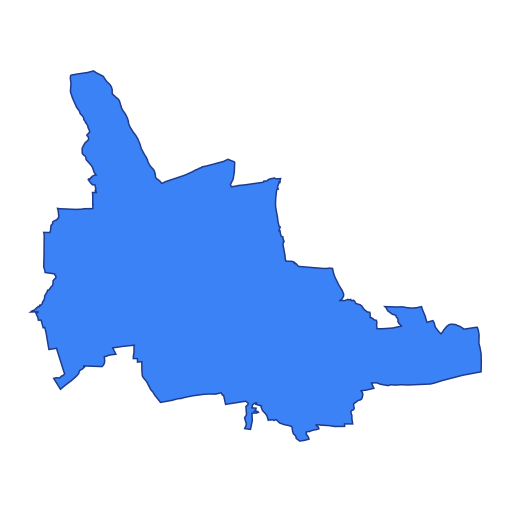 outline of Glavanesti, Bacau, Romania
{"feature_id": "2599482B83875857219872", "entity_name": "Glavanesti", "entity_type": "district", "adm_level": 2, "iso_a3": "ROU", "parent_name": "Romania", "parent_adm1": "Bacau", "projection": "robinson", "projection_center": [27.377, 46.271], "detail": "fine", "context": "isolated", "style": "filled", "palette": "blue", "viewbox_px": 512, "rotation_deg": 0, "n_neighbors": 0, "source": "geoboundaries", "source_scale": "gbopen_adm2", "svg_char_len": 5957}
<svg xmlns="http://www.w3.org/2000/svg" viewBox="0 0 512 512"><path d="M481.1,371.8L481.3,362.7L481.1,353.8L479.9,347.1L478.9,343.4L479.1,334.9L478.4,330.7L477.3,327.2L477.6,327.1L463.5,329.2L463.1,328.4L459.8,326.3L457.5,325.6L455.8,324.6L452.3,324.2L450.2,324.3L448.7,324.9L446.5,326.6L443.7,330.1L442.2,332.6L440.9,333.8L438.7,331.6L435.3,327.1L434.2,323.0L432.9,320.6L426.9,322.3L425.0,315.7L422.6,310.0L421.5,306.6L416.8,307.7L412.3,308.1L407.2,307.7L402.3,306.8L397.1,307.0L384.9,306.6L386.1,307.8L387.6,310.7L392.4,314.3L395.7,315.2L396.3,317.0L397.0,317.7L397.9,319.2L398.1,319.7L397.9,321.6L399.3,324.0L400.4,324.7L401.4,326.1L392.9,328.0L383.1,328.7L377.0,328.8L376.6,325.3L376.9,322.0L376.3,320.3L374.3,319.9L373.5,319.3L373.4,319.0L372.5,318.6L371.7,317.7L370.2,317.6L370.1,313.5L369.8,312.3L367.5,312.0L364.7,309.9L363.7,308.9L361.8,306.0L360.2,304.8L355.9,303.5L354.6,301.2L353.6,300.2L352.9,300.5L351.2,300.6L350.7,299.4L348.6,299.9L348.3,299.5L347.7,299.4L344.8,300.6L340.1,300.5L341.9,299.0L343.5,296.4L343.7,294.3L342.2,290.5L338.9,285.2L334.8,276.9L333.5,273.0L332.5,268.4L329.1,268.1L326.7,268.5L322.4,268.4L298.5,266.4L296.1,263.7L295.1,263.7L294.5,263.3L294.8,262.6L293.3,261.7L291.6,261.3L285.9,261.2L285.8,260.2L285.3,259.3L285.0,255.5L283.0,244.6L283.4,242.0L284.0,241.9L284.0,241.3L283.6,240.1L283.2,239.7L282.9,236.9L282.3,236.8L281.1,236.0L280.4,233.5L280.0,230.8L279.0,230.8L280.2,226.9L279.1,226.4L278.0,221.7L277.5,217.4L275.7,207.4L275.5,204.4L275.7,198.4L276.6,190.2L277.0,189.3L278.2,189.2L277.5,186.6L278.9,183.2L278.9,182.2L279.8,182.6L280.1,181.8L280.1,180.0L280.6,178.6L275.9,178.9L274.5,178.0L269.2,179.1L267.8,180.0L267.0,181.0L263.9,181.0L263.5,182.2L244.7,184.9L238.1,185.5L237.4,185.8L231.4,186.8L230.4,184.7L233.0,179.4L233.4,177.5L234.3,172.2L234.7,162.6L234.2,161.8L227.9,159.3L223.6,161.4L206.5,166.0L201.9,166.9L201.6,167.4L200.6,167.9L199.1,168.3L197.0,169.6L196.3,169.6L192.1,171.9L184.5,175.3L165.3,181.7L162.2,183.4L161.7,183.3L159.6,180.8L156.4,178.5L155.6,177.3L155.2,174.0L154.3,170.9L153.2,169.2L150.9,166.8L149.6,165.0L148.0,162.0L147.4,159.8L146.1,157.0L145.0,155.5L141.3,148.7L140.0,144.2L137.8,138.9L135.9,135.6L133.0,131.8L129.9,126.8L128.4,123.1L128.5,121.8L127.5,118.4L125.4,114.0L122.4,109.8L121.6,108.1L119.4,100.8L118.0,98.8L116.1,97.4L112.6,94.2L112.2,92.9L112.2,89.7L111.4,87.0L110.1,84.8L106.4,81.1L103.4,76.6L102.7,76.0L96.0,72.6L93.6,70.9L87.6,72.5L77.3,74.0L71.3,75.1L70.6,75.6L70.3,78.2L71.0,83.4L70.4,91.6L72.4,97.8L76.6,107.3L79.6,111.4L80.1,113.5L82.6,116.2L83.5,117.5L83.8,119.4L84.4,120.5L85.5,121.6L85.5,122.7L86.2,123.2L87.8,125.9L88.0,127.5L89.1,129.8L89.7,131.7L89.3,132.5L86.8,135.1L87.2,135.9L88.1,136.5L88.6,138.6L88.6,139.2L87.9,140.3L85.1,142.8L83.5,145.5L82.2,148.2L82.1,149.0L82.3,153.5L83.7,155.1L85.4,156.3L85.8,157.2L86.1,159.6L91.4,165.6L92.3,167.0L94.2,172.4L96.1,174.9L94.8,175.0L92.1,176.4L92.0,176.8L91.1,177.4L91.3,177.7L90.3,178.4L90.0,179.1L88.9,178.8L88.2,179.6L91.3,183.8L92.6,184.5L92.6,184.8L95.0,184.9L95.8,189.2L95.6,189.9L95.2,190.2L95.4,191.1L96.0,191.2L96.4,192.5L92.5,192.5L92.8,197.0L92.7,204.7L93.0,204.7L92.8,208.6L84.3,208.7L81.6,209.2L75.8,209.4L59.5,208.7L57.5,208.4L58.3,211.2L58.2,211.9L58.5,212.9L58.5,214.6L58.9,215.7L58.5,217.8L57.7,218.3L56.9,219.8L55.6,220.2L53.0,221.6L52.7,222.1L52.7,223.7L51.0,225.4L50.5,230.6L49.8,232.5L43.7,232.4L44.0,233.3L44.2,236.1L44.0,257.2L43.7,267.0L44.8,270.2L45.1,272.5L54.6,273.9L54.9,275.0L55.9,276.1L55.9,277.7L53.1,280.6L52.9,284.4L52.4,285.7L51.0,286.9L49.2,289.7L47.5,290.3L47.2,291.7L44.8,295.7L44.5,298.4L43.6,300.7L42.9,301.4L42.1,303.9L40.8,305.2L40.1,305.0L39.7,305.3L40.0,305.9L39.3,306.6L38.1,306.5L37.8,307.1L36.8,307.7L34.5,310.0L32.3,310.8L30.7,312.0L37.9,311.8L37.9,312.5L35.8,312.7L35.8,312.9L37.9,317.6L38.4,320.2L41.1,320.1L43.2,327.8L44.8,327.5L46.1,332.9L48.9,349.5L56.5,348.3L63.6,370.9L64.6,373.6L64.1,374.5L62.4,375.9L61.5,376.0L59.8,377.7L58.7,378.0L56.3,377.7L53.7,378.4L60.5,389.3L64.8,385.6L71.4,380.6L76.4,376.2L78.8,373.4L79.1,371.7L79.8,370.6L80.4,370.0L81.9,369.4L84.5,367.0L83.8,366.5L83.8,365.9L102.0,366.6L103.4,365.1L104.4,363.2L104.7,360.6L104.3,356.6L106.6,356.3L108.0,355.5L110.6,354.9L115.9,354.2L112.7,347.9L123.5,346.3L134.3,345.2L134.0,347.1L134.0,352.6L133.4,355.8L133.3,358.6L137.4,358.6L137.5,362.1L141.8,361.7L141.9,370.8L142.3,375.9L143.4,377.8L146.6,381.6L150.8,389.8L152.8,391.9L155.4,396.1L156.4,397.1L160.5,402.4L172.3,400.3L176.9,398.9L181.6,398.4L183.5,397.7L192.0,395.9L203.7,394.3L208.7,394.0L215.7,394.1L221.0,392.8L221.7,393.6L222.4,395.1L223.6,395.4L225.6,404.4L245.7,401.2L248.2,403.2L248.2,403.9L247.8,404.7L245.9,406.4L246.5,414.0L246.2,415.4L244.7,417.5L244.6,418.1L246.3,423.7L246.1,425.3L244.7,428.6L250.5,429.4L252.3,420.6L252.0,413.2L256.8,413.0L256.9,412.5L258.4,412.4L257.9,411.5L256.9,411.6L256.5,411.1L254.7,411.1L255.4,410.5L256.1,408.2L251.9,407.8L252.7,404.6L254.9,403.0L256.4,402.9L255.8,404.3L261.4,405.9L261.1,406.5L261.2,407.3L262.5,410.5L265.9,414.2L267.1,416.3L268.3,420.3L269.4,419.8L270.6,420.1L272.1,419.6L274.0,420.5L276.1,419.5L279.5,422.9L283.8,424.5L289.3,425.7L291.6,426.6L292.0,427.2L292.6,431.4L293.5,434.0L294.7,434.9L296.1,436.9L296.2,438.4L299.8,441.1L305.2,440.2L309.0,439.1L308.7,438.0L307.5,435.7L306.3,434.5L306.4,433.8L306.2,432.1L308.3,431.5L309.6,431.6L311.3,430.7L314.7,429.8L316.0,429.7L318.9,428.8L318.3,426.9L317.2,426.5L316.3,425.4L316.1,425.0L316.6,424.7L317.6,425.0L319.5,424.6L320.0,425.1L329.2,425.6L334.9,426.5L344.7,426.4L344.5,423.9L352.7,423.9L351.9,418.8L351.9,415.7L350.9,412.2L351.1,411.1L351.5,410.6L353.5,409.8L354.2,408.3L353.6,405.1L353.7,403.8L358.4,400.3L360.1,400.0L361.5,399.1L362.0,398.3L362.7,395.6L362.8,394.3L362.6,393.0L361.1,390.8L366.2,390.1L373.9,388.3L371.5,383.0L376.7,382.8L380.3,384.2L388.1,385.6L391.0,384.7L395.1,385.1L401.3,384.7L407.7,385.0L430.4,384.0L434.9,382.9L442.1,380.6L462.9,375.2L481.1,371.8Z" fill="#3b82f6" stroke="#1e3a8a" stroke-width="1.5"/></svg>